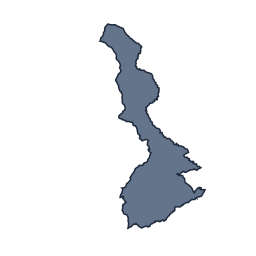 Perisani, Vâlcea, Romania (Equal Earth projection), rotated 326°
{"feature_id": "2599482B30849620277031", "entity_name": "Perisani", "entity_type": "district", "adm_level": 2, "iso_a3": "ROU", "parent_name": "Romania", "parent_adm1": "Vâlcea", "projection": "equal_earth", "projection_center": [24.456, 45.453], "detail": "fine", "context": "isolated", "style": "filled", "palette": "slate", "viewbox_px": 256, "rotation_deg": 326, "n_neighbors": 0, "source": "geoboundaries", "source_scale": "gbopen_adm2", "svg_char_len": 5971}
<svg xmlns="http://www.w3.org/2000/svg" viewBox="0 0 256 256"><g transform="rotate(326 128 128)"><path d="M155.4,223.3L157.4,222.4L157.1,221.9L154.9,220.7L154.2,219.7L153.7,219.6L153.7,219.4L154.9,219.1L155.2,218.5L155.1,218.3L154.0,218.2L154.4,217.6L154.1,217.2L153.5,217.2L152.6,216.8L148.1,217.9L147.5,218.4L147.0,218.2L146.6,218.5L146.6,217.4L147.3,213.7L147.0,210.7L144.9,205.1L145.8,202.8L146.7,201.7L146.7,201.3L146.3,200.5L146.2,199.1L146.7,197.9L143.6,195.8L143.0,194.0L143.1,193.5L143.4,193.6L143.9,194.4L145.2,195.2L149.5,194.8L150.1,195.2L149.9,195.8L150.1,196.1L151.2,197.2L154.6,197.3L155.2,197.7L155.8,197.5L156.4,197.7L158.3,198.8L159.2,199.0L159.8,198.9L160.0,199.5L160.6,199.8L160.8,200.7L161.4,201.6L162.6,201.2L166.2,201.7L165.5,199.6L164.8,199.3L164.0,198.6L164.0,197.7L164.6,196.6L164.6,195.9L163.1,195.2L162.3,193.9L162.4,193.3L163.5,193.2L163.4,192.3L163.0,191.8L161.4,191.3L161.5,190.5L160.3,188.9L160.3,188.7L160.7,188.1L161.5,188.2L161.6,187.8L160.5,186.1L160.7,185.3L159.4,184.8L159.1,183.8L158.8,183.6L158.7,182.6L159.1,181.8L159.6,181.6L163.6,181.8L164.5,182.1L165.2,179.8L165.1,178.6L163.9,177.0L163.5,176.0L163.5,174.8L161.7,172.4L160.0,171.3L159.9,171.0L160.3,170.1L158.9,169.4L158.9,169.1L159.7,168.6L159.8,168.0L157.4,168.0L157.2,167.8L156.9,166.6L157.7,165.9L157.7,165.6L156.7,161.7L156.7,160.4L156.3,159.7L154.3,158.6L154.0,158.0L154.1,156.8L153.9,156.3L153.0,155.8L152.6,155.1L153.4,153.8L153.0,153.0L152.9,152.3L153.7,150.9L151.8,149.8L153.1,148.7L153.5,146.7L153.0,145.6L151.9,144.5L151.4,143.6L151.0,141.8L151.2,141.4L150.2,139.4L150.6,138.0L151.3,136.7L150.5,135.1L150.9,134.7L150.9,134.0L151.4,133.1L151.4,131.9L151.2,130.8L151.8,128.9L151.7,128.3L152.2,127.6L151.4,126.4L152.7,125.0L152.3,123.3L152.6,123.2L153.4,123.5L154.0,121.9L153.9,121.3L154.3,121.0L155.4,121.2L156.3,120.7L158.5,120.5L159.7,119.7L162.5,120.9L163.1,120.7L163.6,120.2L164.9,120.8L165.2,120.6L165.7,119.5L166.0,119.4L167.5,120.3L167.9,120.9L168.4,120.4L168.4,119.4L169.2,119.6L170.0,118.6L171.0,118.8L172.2,116.2L173.7,115.6L174.1,114.4L174.9,114.1L175.9,112.4L176.1,111.8L175.3,111.3L175.1,110.9L176.3,109.3L175.6,106.8L176.5,106.1L176.0,105.0L176.2,103.3L176.5,102.6L176.3,101.6L176.6,100.0L177.4,99.0L177.8,96.3L177.4,95.6L176.5,94.7L176.2,93.9L175.3,93.3L175.1,92.6L173.8,91.0L173.9,90.2L173.5,89.0L172.4,88.4L171.8,88.3L170.7,85.5L170.3,85.6L170.0,86.2L169.7,86.0L169.4,85.0L168.5,83.3L169.4,82.1L168.8,81.1L169.1,80.5L169.8,80.2L170.3,79.3L171.0,78.9L171.0,78.0L171.3,77.4L172.5,76.9L173.3,75.9L175.0,76.0L175.1,75.1L176.7,74.4L177.1,73.1L178.0,72.9L178.5,72.3L179.7,72.9L180.3,72.8L180.8,71.8L181.5,71.4L183.2,68.9L184.3,68.8L184.9,67.9L184.2,66.2L184.3,65.3L183.7,63.8L183.7,63.2L182.4,62.3L182.2,61.4L181.8,60.6L181.9,59.9L181.1,58.0L181.2,57.2L180.9,56.9L180.9,56.1L179.9,54.7L179.9,52.7L178.9,49.1L179.1,48.6L179.0,46.2L179.6,43.4L179.5,42.4L177.5,39.7L176.8,38.3L176.2,37.9L175.1,35.1L172.7,33.8L172.1,33.1L171.2,32.8L170.1,31.1L169.1,30.5L165.2,31.7L163.8,33.1L163.2,34.4L161.1,35.1L160.6,35.6L160.3,36.4L158.9,37.4L155.7,38.3L154.3,39.6L154.1,40.2L153.4,40.4L154.3,41.0L155.4,42.9L156.8,44.4L157.3,48.1L157.7,49.8L159.0,51.3L159.4,53.1L159.4,54.9L159.1,56.5L159.4,58.5L159.1,61.5L157.2,63.5L156.9,64.6L157.6,68.2L157.1,71.1L156.7,71.8L154.8,73.3L154.2,76.4L153.5,77.1L152.5,77.6L150.0,78.0L147.4,79.7L145.1,80.9L144.3,81.8L144.3,84.5L143.8,86.2L144.0,87.6L142.9,89.1L142.5,91.0L142.1,91.9L142.0,92.8L142.8,94.2L141.9,95.1L142.2,96.1L142.1,97.1L140.0,99.4L138.9,102.0L138.1,102.5L137.2,104.9L137.6,105.9L137.7,108.1L136.2,110.7L134.9,111.4L133.1,111.3L132.7,111.6L132.4,112.2L131.7,112.4L127.9,112.6L126.7,113.4L126.2,114.6L126.9,116.0L128.0,117.2L127.9,118.0L129.5,119.4L129.6,120.2L130.0,120.8L130.1,121.6L132.5,123.1L132.9,124.1L134.8,125.8L133.9,128.6L134.2,129.4L135.4,130.3L135.4,131.2L135.0,133.8L133.8,136.3L133.5,137.4L133.0,138.1L133.5,140.5L133.9,140.8L133.0,141.9L131.8,142.8L131.8,143.9L132.4,144.9L132.4,146.1L132.7,146.6L136.4,147.5L137.1,148.3L137.9,149.9L135.8,151.1L134.5,153.1L134.9,155.7L134.6,156.3L133.1,156.9L133.0,157.1L133.4,157.5L132.7,157.5L133.2,158.3L132.4,158.6L132.4,159.6L133.2,161.5L131.5,162.3L129.4,164.3L126.9,165.2L125.5,166.6L123.8,166.6L122.1,166.0L120.9,166.1L120.6,166.3L120.6,166.7L119.5,167.2L117.5,166.1L117.2,165.6L116.0,165.2L115.0,165.9L113.6,165.7L111.3,165.8L110.8,166.1L110.7,166.5L108.8,167.5L101.9,170.3L102.1,171.1L101.6,172.1L101.2,172.3L99.8,172.6L98.7,173.2L97.1,173.4L95.6,173.4L93.8,175.1L92.8,175.3L91.4,175.4L89.4,174.4L89.7,175.1L88.8,176.5L85.8,178.8L85.1,179.0L82.9,180.6L82.6,181.3L83.3,181.5L84.7,181.4L85.8,182.4L84.4,183.1L84.2,183.5L84.8,184.3L84.5,185.4L84.6,187.1L84.9,187.6L84.9,188.4L84.5,188.7L83.5,188.3L82.4,189.0L81.5,188.7L80.8,188.7L80.5,189.3L79.7,189.8L79.7,190.3L79.2,191.1L77.3,192.7L77.0,194.2L77.2,194.9L76.5,196.4L77.1,197.7L78.5,199.3L78.0,202.6L75.9,205.4L75.4,207.3L73.7,209.1L72.9,210.5L71.1,211.2L74.2,211.1L74.8,211.6L76.6,211.4L77.9,210.9L79.3,211.0L79.8,211.9L81.2,211.7L81.2,212.6L81.9,213.7L81.7,214.5L82.3,216.4L83.0,217.5L83.2,218.4L87.9,219.3L89.1,220.3L89.3,220.7L89.1,221.2L90.0,221.5L91.6,221.5L92.5,220.6L94.2,220.6L94.3,220.8L94.7,220.6L97.7,221.3L98.1,221.1L98.2,220.5L99.5,221.3L101.1,221.8L101.2,222.8L101.9,223.3L102.8,223.7L105.0,223.5L105.5,223.7L105.8,224.4L105.6,225.0L106.2,225.4L108.3,225.2L108.9,225.0L109.8,224.1L111.2,224.0L111.9,223.6L113.0,223.7L114.4,223.0L115.3,223.0L116.1,222.7L117.2,222.9L118.2,222.7L118.8,222.1L119.2,222.6L120.2,222.7L121.2,221.9L121.1,221.5L121.7,221.1L121.9,220.2L123.4,219.9L125.1,221.3L126.2,221.6L127.0,222.6L129.4,222.4L130.1,222.7L130.5,222.6L130.4,222.1L131.3,222.3L132.1,222.1L132.5,222.4L133.9,222.3L135.1,222.6L136.5,223.6L137.8,223.1L139.1,223.2L140.0,222.9L141.0,223.3L141.3,223.1L143.5,224.7L144.9,224.0L145.2,224.0L145.5,224.6L145.6,224.0L147.2,224.0L148.4,224.9L150.9,225.5L152.6,224.8L153.8,223.9L154.9,223.7L155.4,223.3Z" fill="#64748b" stroke="#1e293b" stroke-width="1.5"/></g></svg>